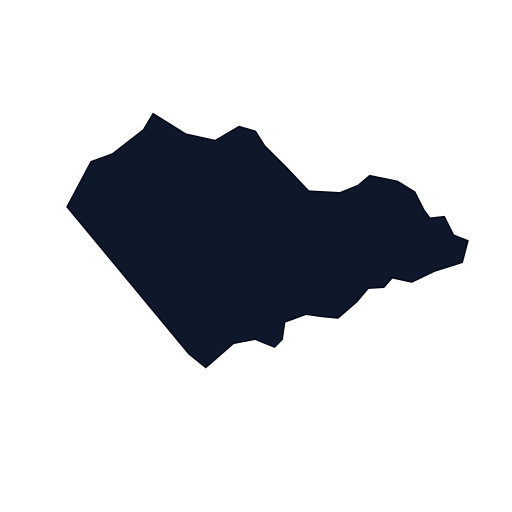 map outline of Siġġiewi (Robinson projection), rotated 22°
{"feature_id": "MLT-5948", "entity_name": "Siġġiewi", "entity_type": "state/province", "adm_level": 1, "iso_a3": "MLT", "parent_name": "Malta", "parent_adm1": "", "projection": "robinson", "projection_center": [14.438, 35.844], "detail": "fine", "context": "isolated", "style": "filled", "palette": "ink", "viewbox_px": 512, "rotation_deg": 22, "n_neighbors": 0, "source": "natural_earth", "source_scale": "10m", "svg_char_len": 647}
<svg xmlns="http://www.w3.org/2000/svg" viewBox="0 0 512 512"><g transform="rotate(22 256 256)"><path d="M251.2,378.2L230.5,371.9L62.4,281.2L67.8,230.3L84.7,215.1L104.4,181.2L107.3,162.6L145.3,169.3L174.9,164.3L191.8,142.3L208.7,140.6L222.8,150.7L251.0,162.6L280.5,176.1L310.1,166.0L324.2,152.4L331.3,138.9L359.4,133.8L379.2,137.2L394.7,150.7L403.1,155.8L415.8,149.0L431.3,162.6L446.8,162.6L449.6,184.6L427.1,203.2L410.2,221.8L390.4,225.2L386.2,237.1L372.1,243.8L366.5,260.8L355.2,282.8L338.3,287.8L324.2,291.2L307.3,306.5L311.5,323.4L307.3,333.5L286.2,333.5L267.9,345.4L251.2,378.2Z" fill="#0f172a" stroke="#020617" stroke-width="1.5"/></g></svg>